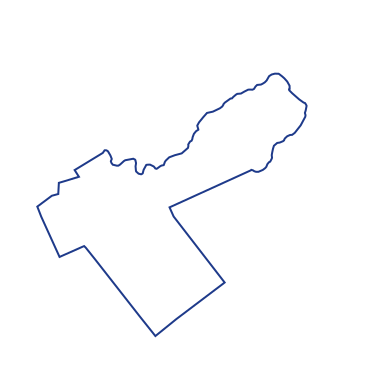 the district of Charlton, Georgia, United States of America, rotated 231°
{"feature_id": "52423323B4621357576796", "entity_name": "Charlton", "entity_type": "district", "adm_level": 2, "iso_a3": "USA", "parent_name": "United States of America", "parent_adm1": "Georgia", "projection": "orthographic", "projection_center": [-82.072, 30.717], "detail": "fine", "context": "isolated", "style": "outline", "palette": "blue", "viewbox_px": 384, "rotation_deg": 231, "n_neighbors": 0, "source": "geoboundaries", "source_scale": "gbopen_adm2", "svg_char_len": 2074}
<svg xmlns="http://www.w3.org/2000/svg" viewBox="0 0 384 384"><g transform="rotate(231 192 192)"><path d="M171.8,251.4L171.9,252.0L170.5,253.0L168.9,253.5L167.5,254.4L165.9,256.3L164.6,260.9L164.5,263.9L164.8,265.6L166.2,268.1L166.7,270.5L166.4,271.9L167.6,274.7L168.2,275.7L170.5,277.2L172.4,279.4L174.6,282.1L176.4,284.8L176.5,289.1L175.2,291.3L174.2,294.7L174.2,296.1L174.7,296.7L175.2,298.1L175.4,301.1L174.6,304.1L173.4,305.8L173.3,309.1L175.4,318.4L179.2,327.4L180.3,328.6L182.4,329.5L183.7,331.5L186.6,335.0L187.1,335.4L188.8,335.7L190.0,335.8L191.3,335.0L196.4,333.6L205.7,332.0L209.7,331.6L210.5,331.8L210.9,332.3L210.7,332.8L213.2,334.7L217.9,335.5L222.2,335.3L225.2,334.8L228.6,334.0L229.4,333.7L231.8,330.9L233.2,327.8L233.5,324.8L231.7,320.2L231.4,317.6L231.7,315.0L232.1,313.2L234.2,310.0L234.0,307.7L233.1,305.1L233.4,303.5L235.5,301.0L236.2,300.0L237.1,295.8L237.7,292.0L239.8,288.9L240.0,287.4L239.9,283.8L239.6,282.0L240.4,280.7L240.8,273.7L240.4,271.6L240.0,271.1L239.4,269.3L239.5,266.4L241.3,258.8L244.0,253.4L243.1,248.0L241.7,241.3L240.4,238.1L240.2,237.8L236.6,236.3L236.4,236.1L236.7,233.5L236.0,230.1L234.2,227.0L232.9,225.5L232.1,223.9L232.4,222.3L232.2,221.5L231.3,219.0L230.0,218.1L228.8,216.6L228.5,208.3L231.4,201.8L233.3,196.1L232.9,191.3L232.3,189.5L231.7,188.7L230.7,186.9L231.7,185.0L232.0,183.7L232.2,179.6L232.4,179.0L233.4,178.3L234.6,178.4L236.0,178.3L239.7,176.6L241.5,174.2L241.8,173.5L239.7,168.4L237.5,165.4L237.6,164.0L237.9,163.5L239.9,162.0L243.1,161.5L244.1,162.0L247.5,164.3L249.0,166.0L249.7,166.7L252.3,168.0L253.0,168.1L254.8,167.3L258.7,160.1L258.9,158.5L258.7,155.3L258.6,153.2L258.8,151.4L259.7,150.2L263.1,147.6L265.4,147.7L267.0,148.3L268.0,150.2L268.3,150.5L271.8,151.6L276.5,152.3L278.1,151.8L278.9,151.0L279.4,150.3L278.5,147.3L282.9,114.6L275.0,113.7L280.4,100.3L282.9,94.3L274.6,86.8L277.3,80.7L278.0,62.6L267.7,59.3L224.9,48.2L217.9,74.1L215.8,74.4L200.5,74.3L128.2,73.1L103.1,72.9L103.1,99.7L101.1,160.4L184.5,162.3L191.3,164.1L194.2,164.9L171.8,251.4Z" fill="none" stroke="#1e3a8a" stroke-width="2"/></g></svg>